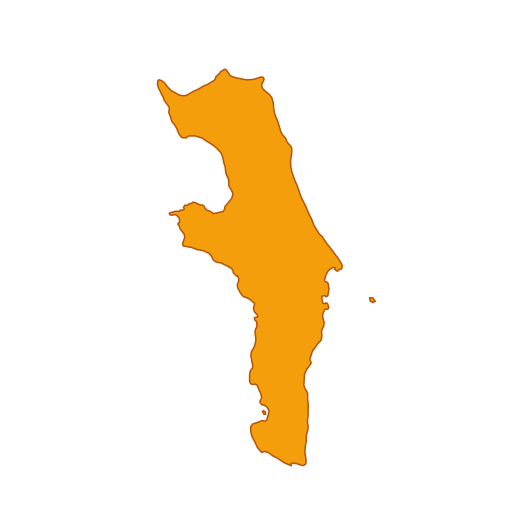 Saipan, Saipan, Northern Mariana Islands (Equal Earth projection), rotated 146°
{"feature_id": "39175420B42755231479115", "entity_name": "Saipan", "entity_type": "district", "adm_level": 2, "iso_a3": "MNP", "parent_name": "Northern Mariana Islands", "parent_adm1": "Saipan", "projection": "equal_earth", "projection_center": [145.757, 15.191], "detail": "fine", "context": "isolated", "style": "filled", "palette": "amber", "viewbox_px": 512, "rotation_deg": 146, "n_neighbors": 0, "source": "geoboundaries", "source_scale": "gbopen_adm2", "svg_char_len": 5634}
<svg xmlns="http://www.w3.org/2000/svg" viewBox="0 0 512 512"><g transform="rotate(146 256 256)"><path d="M150.2,399.0L150.1,399.3L150.3,400.4L151.8,401.6L153.8,402.2L158.7,403.6L161.1,404.8L163.5,406.2L165.5,407.4L173.5,415.6L175.8,418.7L176.5,419.7L176.5,421.6L176.6,423.6L176.4,425.9L176.7,427.1L176.8,427.3L177.2,428.1L178.4,428.5L180.1,428.4L182.2,428.7L184.0,427.9L189.3,426.9L190.7,425.5L192.1,425.1L193.4,425.0L194.1,425.1L198.2,425.3L199.8,425.3L200.2,425.4L204.8,426.3L210.8,426.6L214.7,427.4L218.9,427.7L222.8,428.0L224.0,428.1L227.0,429.7L229.6,432.3L233.8,440.6L234.2,442.6L234.8,446.0L235.0,450.4L235.6,452.4L236.3,454.3L237.8,456.3L239.2,456.3L241.8,453.3L242.9,449.8L244.3,438.6L245.0,436.8L245.0,433.3L244.7,429.5L245.2,426.9L248.0,423.9L249.3,418.5L250.0,416.4L250.5,414.2L250.2,411.2L250.2,407.2L251.5,400.9L251.5,398.3L251.5,396.5L250.8,395.1L249.7,394.5L247.8,392.9L245.0,393.3L239.7,389.9L238.1,388.1L237.6,387.5L234.5,383.6L232.4,378.0L229.9,372.6L228.2,367.2L227.7,363.7L227.4,361.1L227.7,359.1L228.2,357.3L228.8,355.3L229.6,353.5L230.5,351.5L230.6,351.2L231.1,349.4L231.4,348.1L232.4,345.7L233.6,343.8L234.4,341.9L234.9,340.7L235.0,340.4L235.2,339.2L235.5,337.3L235.8,335.7L236.0,334.4L236.6,333.5L237.5,332.0L238.6,330.6L238.8,330.1L239.3,328.9L239.4,327.3L239.5,325.2L239.8,322.9L239.9,322.5L239.9,321.7L240.3,320.5L241.8,319.1L243.7,317.5L254.4,314.2L255.3,312.6L258.4,311.3L267.3,314.8L267.6,315.5L269.1,318.8L271.0,321.2L271.6,324.2L271.2,326.1L271.6,327.8L274.1,330.0L276.1,333.6L278.0,335.9L280.3,335.7L281.7,336.6L284.8,336.5L286.3,337.8L288.8,337.1L289.2,335.1L290.5,334.9L293.2,336.4L294.1,335.7L297.6,338.0L297.9,338.1L302.9,339.9L304.0,339.9L304.3,338.4L303.6,337.3L302.8,336.9L299.6,335.3L299.3,334.7L299.0,333.9L298.4,330.3L300.4,326.8L302.3,326.6L303.1,325.6L302.7,323.8L303.8,320.9L303.3,314.9L304.3,311.6L310.0,307.2L310.7,305.0L309.2,303.5L304.6,299.1L302.2,295.7L301.1,294.1L297.1,290.4L296.2,289.0L293.6,284.8L293.5,284.6L293.0,280.4L293.6,277.1L292.9,274.2L291.3,271.9L289.2,270.3L288.5,269.1L286.0,264.8L285.8,264.4L285.1,263.1L284.0,260.9L283.3,259.3L283.3,256.6L284.2,254.8L283.4,250.2L282.4,249.6L283.1,246.6L285.1,244.2L287.1,243.2L288.3,241.3L288.3,241.2L289.1,239.3L289.1,238.3L289.2,236.9L289.6,234.3L289.5,231.9L289.2,229.5L287.6,227.5L287.0,226.6L286.3,225.2L285.1,223.0L283.7,217.4L287.5,213.9L288.5,210.6L287.8,206.1L288.6,204.7L291.8,205.6L292.8,204.0L292.2,200.8L294.7,197.0L297.6,195.4L299.6,193.1L301.2,189.8L301.4,189.5L302.6,187.4L302.8,186.9L303.9,185.5L304.6,184.9L306.0,183.5L306.7,182.9L307.4,182.2L308.7,181.5L311.1,180.2L311.6,180.2L313.5,179.1L315.1,177.3L316.7,175.1L317.3,172.9L318.6,170.6L319.7,167.4L320.0,167.1L321.0,165.8L321.7,165.0L324.6,164.2L325.7,163.3L326.1,162.9L327.9,160.8L329.8,158.1L331.5,155.5L331.8,153.6L331.2,151.9L330.1,151.1L328.1,150.1L327.3,148.2L327.8,145.9L328.4,143.0L328.9,139.9L329.8,136.9L330.9,134.9L333.5,133.7L334.6,132.3L334.6,130.7L334.2,129.3L332.8,127.9L332.5,127.3L331.5,125.4L331.5,122.3L332.1,119.7L339.1,113.8L340.8,114.0L343.2,116.3L346.4,116.8L352.6,118.6L353.2,118.4L355.8,117.4L358.5,113.5L360.4,108.1L360.9,102.5L361.9,96.6L361.6,93.6L361.1,89.9L358.2,89.2L355.8,86.4L353.6,80.5L351.8,77.5L348.1,68.6L344.1,62.5L343.1,64.2L340.9,63.4L340.2,62.8L338.5,61.3L336.2,58.2L334.7,56.5L333.9,55.8L333.1,55.7L332.5,55.7L331.3,55.7L330.5,56.4L329.3,57.8L328.3,59.4L325.4,65.6L322.6,69.3L321.5,70.7L318.3,73.9L317.0,75.8L314.5,79.2L310.2,82.9L310.0,83.1L309.6,83.7L307.7,86.1L306.8,88.5L305.3,91.0L302.9,93.4L296.0,103.3L292.8,109.3L290.2,112.9L290.1,113.4L289.5,115.7L289.6,118.2L288.6,122.2L286.3,125.1L284.6,127.3L282.0,130.8L278.0,133.3L277.8,133.4L270.1,136.3L269.9,137.1L269.2,140.1L268.9,140.4L263.6,144.7L262.4,145.4L262.1,145.5L260.1,146.7L259.6,146.7L258.4,146.8L253.9,148.8L249.4,149.6L247.8,151.2L246.2,152.6L244.8,155.2L243.2,157.6L242.0,158.3L239.4,159.8L236.7,162.6L236.3,163.9L235.6,166.1L234.5,168.3L233.7,169.8L233.2,170.5L231.0,171.9L228.6,173.3L227.3,172.4L225.9,171.9L224.6,172.4L224.0,174.1L223.7,175.2L223.3,176.6L223.7,177.4L224.3,178.1L225.4,177.9L226.0,178.2L226.2,178.5L226.7,179.4L226.6,180.7L225.9,182.4L224.9,184.1L224.0,185.5L222.9,185.6L222.7,185.5L222.0,185.0L221.2,184.8L220.9,183.4L220.0,182.8L218.6,183.0L214.0,187.8L211.8,192.2L211.5,193.9L211.8,194.7L212.7,195.7L213.0,196.6L212.8,197.4L212.4,197.8L211.6,198.6L210.1,200.1L209.1,200.8L208.7,201.0L206.5,202.4L204.2,203.4L201.4,203.5L200.5,203.5L199.4,203.5L198.2,203.2L197.1,202.1L198.3,201.1L197.1,197.9L193.9,198.1L192.7,197.5L192.0,197.6L191.3,198.1L190.5,199.0L189.7,200.6L189.5,201.6L189.3,202.9L189.3,204.4L189.3,204.7L189.3,208.9L189.9,222.4L190.3,226.5L190.3,233.0L190.3,235.3L191.2,238.9L190.9,248.0L190.9,248.6L189.3,255.3L188.7,260.5L187.4,267.3L187.1,268.8L186.4,273.8L185.3,281.2L182.6,291.1L181.6,296.5L181.2,298.5L179.1,306.0L178.6,307.4L177.3,310.6L173.8,316.0L171.1,318.9L167.9,322.5L166.1,325.5L165.9,326.7L165.9,327.1L165.8,327.9L166.0,329.5L166.4,331.8L166.4,332.3L166.5,333.6L166.3,334.5L165.9,335.3L165.8,336.0L165.7,337.1L166.0,340.0L166.3,342.5L165.8,345.4L165.7,346.0L165.0,347.9L164.5,349.6L162.7,355.3L161.5,361.3L161.4,361.9L161.2,362.7L160.9,363.5L160.0,365.8L159.8,366.3L159.4,367.3L155.9,373.6L154.4,378.4L154.4,379.2L154.5,382.0L155.1,384.1L156.0,387.3L156.5,388.9L156.7,390.3L156.9,391.0L156.2,393.7L155.3,394.9L153.4,396.1L151.9,397.0L150.6,397.9L150.2,399.0ZM182.5,151.7L182.6,155.9L185.1,157.8L185.4,157.2L186.6,154.8L185.1,152.2L182.5,151.7ZM335.8,120.8L335.4,121.7L336.4,123.7L337.7,123.4L337.9,120.2L336.4,119.6L336.1,120.2L335.8,120.8Z" fill="#f59e0b" stroke="#b45309" stroke-width="1.5"/></g></svg>